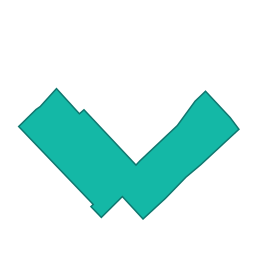 the district of Iron, Missouri, United States of America, rotated 136°
{"feature_id": "52423323B85485871485151", "entity_name": "Iron", "entity_type": "district", "adm_level": 2, "iso_a3": "USA", "parent_name": "United States of America", "parent_adm1": "Missouri", "projection": "albers", "projection_center": [-90.823, 37.505], "detail": "fine", "context": "isolated", "style": "filled", "palette": "teal", "viewbox_px": 256, "rotation_deg": 136, "n_neighbors": 0, "source": "geoboundaries", "source_scale": "gbopen_adm2", "svg_char_len": 460}
<svg xmlns="http://www.w3.org/2000/svg" viewBox="0 0 256 256"><g transform="rotate(136 128 128)"><path d="M47.3,64.4L46.7,100.6L51.5,100.6L61.0,100.7L90.8,95.5L142.2,96.1L148.0,95.8L147.0,171.7L153.1,172.0L152.1,206.0L156.9,205.7L176.3,204.4L181.3,205.2L205.6,205.0L205.7,190.2L206.1,97.2L209.3,97.2L209.3,82.2L179.7,82.6L180.4,52.1L149.8,51.4L120.4,52.4L101.3,51.1L61.3,50.3L49.1,50.0L47.3,64.4Z" fill="#14b8a6" stroke="#0f766e" stroke-width="1.5"/></g></svg>